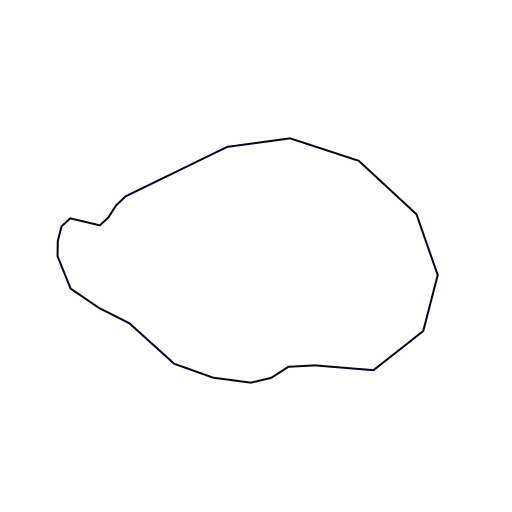 the border of Camiguin, rotated 121°
{"feature_id": "PHL-2590", "entity_name": "Camiguin", "entity_type": "Province", "adm_level": 1, "iso_a3": "PHL", "parent_name": "Philippines", "parent_adm1": "", "projection": "equal_earth", "projection_center": [124.749, 9.164], "detail": "fine", "context": "isolated", "style": "outline", "palette": "ink", "viewbox_px": 512, "rotation_deg": 121, "n_neighbors": 0, "source": "natural_earth", "source_scale": "10m", "svg_char_len": 463}
<svg xmlns="http://www.w3.org/2000/svg" viewBox="0 0 512 512"><g transform="rotate(121 256 256)"><path d="M352.6,180.2L367.2,195.1L382.4,230.1L390.5,270.7L378.9,329.8L381.4,364.0L379.4,398.2L358.4,426.0L345.3,433.6L330.7,438.0L319.4,434.6L310.2,405.7L299.2,402.4L284.9,402.0L272.0,398.5L177.3,336.9L137.6,287.4L121.5,216.9L137.6,139.9L178.8,90.4L234.2,74.0L293.4,96.5L319.5,149.3L334.3,171.2L352.6,180.2Z" fill="none" stroke="#020617" stroke-width="2"/></g></svg>